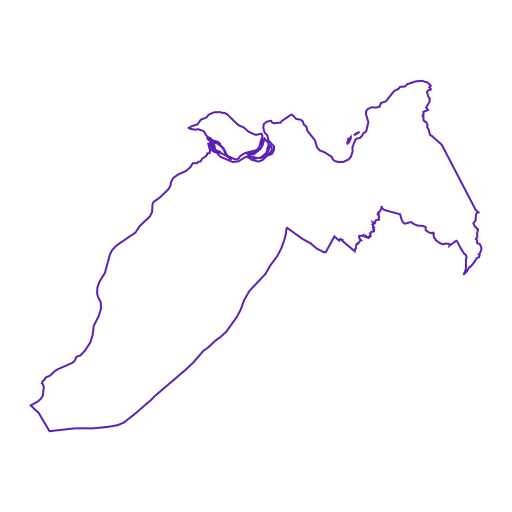 Ituzaingó, Corrientes, Argentina (Mercator projection)
{"feature_id": "61730980B54493504343974", "entity_name": "Ituzaingó", "entity_type": "district", "adm_level": 2, "iso_a3": "ARG", "parent_name": "Argentina", "parent_adm1": "Corrientes", "projection": "mercator", "projection_center": [-56.603, -27.951], "detail": "fine", "context": "isolated", "style": "outline", "palette": "violet", "viewbox_px": 512, "rotation_deg": 0, "n_neighbors": 0, "source": "geoboundaries", "source_scale": "gbopen_adm2", "svg_char_len": 6105}
<svg xmlns="http://www.w3.org/2000/svg" viewBox="0 0 512 512"><path d="M479.6,255.3L478.7,254.4L479.6,253.7L481.3,250.3L481.2,246.9L479.9,244.3L477.1,243.0L476.9,240.1L475.8,238.9L477.3,237.1L477.1,233.7L478.0,229.3L477.1,229.0L476.1,227.3L474.9,226.7L473.4,223.3L475.6,220.5L476.0,214.4L477.1,212.8L478.4,212.3L475.7,210.0L441.8,144.8L431.9,136.0L430.1,135.0L428.5,129.3L427.3,127.2L427.4,124.4L425.8,121.7L424.6,121.6L423.4,119.9L423.6,117.2L422.5,115.9L422.7,115.1L423.6,114.7L423.3,111.9L428.0,110.0L426.2,107.5L429.7,101.5L429.3,100.3L429.9,98.9L428.4,97.0L427.0,92.1L427.9,90.6L430.6,89.7L430.7,88.8L429.3,87.3L430.8,85.7L427.7,82.6L421.8,80.8L415.8,81.4L407.3,84.1L404.9,86.5L400.1,86.9L398.5,88.9L395.1,90.4L393.0,92.3L385.9,101.4L380.9,103.0L379.6,106.8L375.6,107.6L371.3,107.3L367.7,109.1L366.1,111.3L365.8,113.5L368.4,122.3L366.1,131.6L363.2,133.5L361.8,136.1L359.9,138.0L356.5,138.7L355.4,139.7L352.5,147.0L352.6,151.4L351.1,156.4L348.7,159.4L343.3,161.9L338.5,162.0L334.7,161.0L332.9,159.5L331.6,156.7L324.2,152.1L319.7,150.4L316.9,147.2L315.1,140.5L307.3,130.7L306.4,126.6L303.8,124.6L302.9,121.5L300.7,119.7L296.3,119.0L292.2,114.8L290.9,114.8L281.6,121.1L280.7,122.6L273.8,123.3L272.1,122.4L271.0,120.8L266.8,121.7L263.7,124.2L263.3,127.9L264.7,132.8L267.3,135.2L268.5,140.5L274.0,146.4L273.9,150.3L271.9,154.0L267.0,155.8L262.5,160.1L258.2,161.6L251.7,159.8L248.6,157.5L246.0,156.7L238.4,161.4L232.7,162.0L221.4,157.2L219.8,156.2L217.3,153.1L212.9,151.2L209.7,147.8L208.0,142.8L210.0,150.5L209.6,153.1L207.1,153.5L206.8,155.3L202.1,158.9L200.5,161.5L198.3,161.8L197.0,163.2L192.7,163.3L190.4,167.2L185.8,171.1L178.3,174.4L173.3,177.9L171.0,182.2L170.4,185.8L168.5,189.1L160.1,197.3L153.5,202.0L152.5,204.3L152.1,212.0L149.8,216.5L139.7,226.1L135.5,232.5L116.9,245.2L112.2,250.0L109.9,254.5L104.9,272.9L99.5,281.6L97.4,287.7L97.1,293.6L98.1,297.1L100.9,302.5L100.9,309.2L98.7,316.1L93.7,325.9L92.7,334.8L90.4,342.3L84.9,350.7L80.2,355.6L78.2,356.0L76.3,357.1L74.7,360.8L72.2,362.9L58.3,369.0L54.9,371.0L50.1,375.6L45.7,377.5L44.4,379.9L42.5,381.3L41.8,383.2L42.9,384.3L43.8,387.1L42.9,395.5L41.0,398.6L38.0,401.4L30.7,405.4L38.8,413.1L49.5,431.2L75.2,428.3L92.6,428.4L108.6,426.8L117.5,425.2L123.8,422.6L135.8,413.1L151.3,399.7L154.6,396.2L185.0,370.3L193.6,362.2L203.3,350.9L208.0,347.6L215.5,340.5L220.5,337.0L226.5,331.4L236.9,316.9L240.8,309.4L244.1,300.2L249.5,290.8L265.4,274.0L270.4,265.3L277.3,256.0L281.0,249.0L283.9,241.1L285.8,234.4L286.4,228.8L287.2,227.9L302.6,239.0L310.6,243.3L316.6,248.5L324.3,252.4L325.8,252.1L334.4,236.4L339.2,240.7L340.2,238.9L342.6,240.1L342.2,240.7L354.7,251.3L355.0,249.2L355.8,248.5L356.3,244.5L357.9,243.1L358.2,243.5L360.4,240.5L361.2,240.3L359.4,238.4L359.0,236.5L359.4,235.8L361.9,235.9L363.3,235.1L363.3,235.9L364.7,236.6L365.8,235.6L366.4,236.5L365.4,236.7L368.2,237.9L368.4,237.2L369.4,237.5L370.4,236.4L369.7,235.9L370.5,235.3L370.0,233.6L370.5,233.7L371.4,231.8L373.9,231.4L374.2,229.8L373.1,229.0L374.1,227.6L372.9,227.1L373.3,225.0L372.5,224.5L373.5,223.7L372.7,222.2L374.8,223.1L375.6,220.4L379.1,219.6L378.6,218.3L379.2,216.7L378.6,215.8L378.8,214.7L377.8,214.3L378.6,213.5L378.1,212.6L379.5,211.9L380.5,210.2L381.4,208.3L381.6,206.1L382.2,208.3L384.4,210.0L400.1,214.3L401.4,219.1L403.1,222.5L405.0,223.7L410.9,222.0L413.9,224.1L417.6,225.6L422.2,225.8L425.6,227.0L425.7,230.2L428.9,232.4L431.2,233.2L432.9,232.6L433.6,233.0L433.9,233.6L433.4,234.8L434.3,238.1L435.2,238.7L435.9,240.4L440.4,243.4L443.2,244.3L444.9,243.6L448.9,243.8L449.8,244.8L449.5,245.7L456.2,240.7L457.0,241.2L461.7,250.0L464.3,253.8L465.8,254.9L466.7,257.5L466.0,259.1L465.9,268.3L465.3,271.1L463.4,274.8L467.0,271.3L469.1,267.3L470.9,266.4L473.6,263.0L477.0,257.9L479.0,257.2L479.6,255.3ZM220.2,112.1L214.0,112.3L208.4,114.9L206.6,117.4L200.8,119.7L197.4,124.5L192.2,126.0L188.8,127.9L190.2,128.9L195.7,129.7L198.1,129.2L203.7,131.2L206.2,135.4L207.9,137.2L210.1,138.0L212.7,140.4L217.6,141.7L219.8,143.3L220.3,145.2L223.4,148.1L227.4,155.8L234.8,159.2L237.2,159.2L238.4,158.6L240.4,155.9L244.9,153.1L256.8,150.0L259.4,146.9L260.9,140.6L262.4,137.0L261.5,133.7L255.9,134.9L253.2,133.9L248.5,131.6L243.2,127.0L240.1,126.1L237.2,124.1L227.3,114.4L224.0,112.7L222.4,113.0L220.2,112.1ZM267.3,150.3L267.2,148.7L268.2,146.3L268.6,143.1L264.5,138.6L262.5,145.5L260.4,149.1L253.8,154.2L249.1,154.6L248.4,155.6L251.1,156.8L252.9,156.8L256.1,157.9L260.3,157.9L266.1,153.2L267.3,150.3ZM206.9,137.5L208.1,139.5L212.8,142.7L214.6,145.9L214.8,148.1L215.8,150.1L220.3,152.0L221.6,153.4L226.3,155.8L223.7,149.5L221.9,147.2L218.0,143.8L214.3,142.8L209.5,140.0L206.9,137.5ZM268.6,154.3L270.5,152.4L271.9,149.7L271.6,147.5L270.2,145.4L269.4,146.4L268.8,150.1L268.0,151.2L266.9,155.0L268.6,154.3ZM350.9,138.0L350.8,137.0L349.3,139.0L348.4,138.7L347.8,141.7L347.2,142.5L347.5,143.6L349.0,142.3L350.9,138.0ZM209.8,142.9L210.6,145.7L213.3,148.6L213.1,146.4L209.8,142.9ZM217.7,142.1L213.1,141.5L214.6,142.6L218.6,143.6L217.7,142.1ZM215.5,150.3L215.9,151.3L217.5,152.4L220.8,153.0L215.5,150.3ZM211.2,139.9L210.3,138.7L207.4,137.2L209.1,139.2L211.2,139.9ZM353.9,135.3L359.6,132.0L356.5,133.1L353.9,135.3ZM250.6,153.8L253.2,152.7L254.5,152.5L255.1,152.0L254.3,151.7L251.2,152.7L250.6,153.8ZM255.6,152.2L252.4,153.1L251.2,153.9L254.1,153.5L255.6,152.2ZM264.6,154.6L263.1,156.4L260.6,158.3L264.1,156.3L264.6,154.6ZM260.9,142.1L262.3,140.0L262.3,138.5L261.1,140.6L260.9,142.1ZM256.8,158.6L253.4,157.6L253.0,158.2L256.8,158.6ZM211.6,143.4L209.3,142.0L212.4,145.1L211.6,143.4ZM268.2,147.4L267.3,149.0L267.7,150.4L268.3,149.0L268.2,147.4ZM261.2,144.7L261.9,143.3L261.5,142.2L260.9,143.1L260.7,144.4L261.2,144.7ZM226.7,155.5L227.3,156.6L229.0,157.5L229.6,157.2L226.7,155.5ZM231.3,158.3L228.6,158.1L231.2,158.9L231.3,158.3ZM249.0,152.9L248.3,152.6L247.1,153.7L247.2,153.8L249.0,152.9ZM265.7,155.4L267.1,154.2L266.9,153.5L265.7,155.4ZM219.7,144.4L219.7,143.4L218.8,142.8L219.1,144.2L219.7,144.4ZM252.2,151.9L253.6,151.8L253.9,151.5L252.2,151.9ZM211.1,142.0L209.6,141.8L211.4,142.5L211.1,142.0ZM213.6,140.7L212.4,140.6L213.9,141.0L213.6,140.7Z" fill="none" stroke="#5b21b6" stroke-width="2"/></svg>